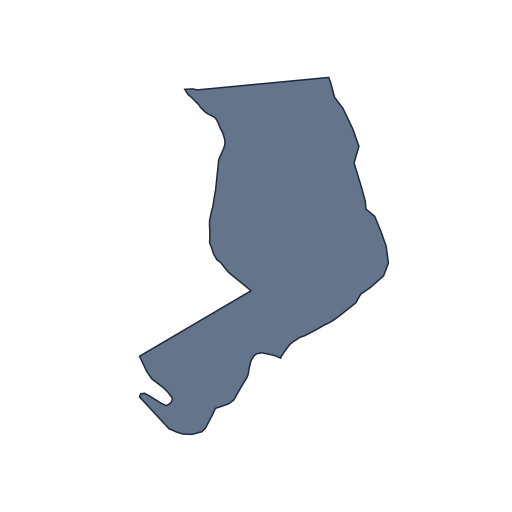 the district of Christian Hill, Choiseul, Saint Lucia, rotated 291°
{"feature_id": "8701671B2341246797828", "entity_name": "Christian Hill", "entity_type": "district", "adm_level": 2, "iso_a3": "LCA", "parent_name": "Saint Lucia", "parent_adm1": "Choiseul", "projection": "robinson", "projection_center": [-61.047, 13.774], "detail": "fine", "context": "isolated", "style": "filled", "palette": "slate", "viewbox_px": 512, "rotation_deg": 291, "n_neighbors": 0, "source": "geoboundaries", "source_scale": "gbopen_adm2", "svg_char_len": 1601}
<svg xmlns="http://www.w3.org/2000/svg" viewBox="0 0 512 512"><g transform="rotate(291 256 256)"><path d="M448.8,259.9L390.1,141.8L389.3,137.0L387.0,131.8L386.1,129.8L382.3,134.8L381.4,137.8L379.2,142.9L377.4,146.7L376.7,148.6L374.9,150.8L372.4,156.4L371.5,159.8L370.8,166.5L370.1,168.8L368.3,171.3L365.5,174.1L362.2,177.2L359.7,180.0L357.3,182.2L353.8,184.8L352.4,185.7L348.8,187.0L343.7,187.3L336.9,186.9L335.2,186.6L331.5,186.9L327.5,188.1L318.0,190.6L303.6,194.5L296.4,195.9L286.7,198.0L281.6,198.5L272.6,199.9L267.9,201.6L262.6,204.0L257.1,206.1L251.8,207.9L247.7,211.7L242.8,215.5L238.5,220.8L237.2,225.5L233.1,232.2L230.8,236.3L227.2,247.4L221.8,263.8L120.7,183.2L108.8,195.6L103.8,203.0L99.8,216.8L97.3,222.5L93.2,229.0L89.4,229.4L86.8,228.1L84.2,226.0L84.5,220.4L87.2,206.7L87.9,201.1L86.0,197.7L82.7,197.7L78.5,206.3L66.5,230.7L63.5,236.7L63.2,244.8L63.5,251.2L66.5,260.2L72.5,268.4L77.0,270.5L91.7,272.2L98.4,272.7L99.2,272.7L104.1,278.7L108.2,283.4L113.4,286.8L130.3,289.4L139.3,291.1L142.7,291.1L149.1,289.8L156.2,288.9L161.8,289.8L164.8,291.5L167.8,296.2L169.7,308.7L169.5,315.7L170.7,315.4L179.6,317.5L186.0,319.5L188.7,321.1L189.5,321.6L190.8,322.6L195.7,326.0L199.0,330.0L204.6,335.0L207.9,337.9L216.0,344.5L217.5,346.0L220.0,348.3L224.7,351.9L228.2,354.2L240.8,361.7L248.3,366.1L250.1,366.3L257.8,367.4L267.8,374.2L283.1,382.2L296.7,382.2L311.5,374.2L322.7,364.7L335.6,352.6L339.2,341.8L344.5,339.3L346.3,338.4L352.7,333.7L358.1,329.7L378.1,314.2L395.3,312.8L409.4,300.7L424.8,284.5L432.4,272.4L443.6,264.3L448.8,259.9Z" fill="#64748b" stroke="#1e293b" stroke-width="1.5"/></g></svg>